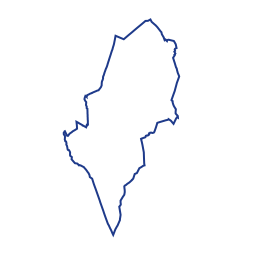 the district of Bērzaines pag., Kocenu, Latvia, rotated 258°
{"feature_id": "27541924B68382909431902", "entity_name": "Bērzaines pag.", "entity_type": "district", "adm_level": 2, "iso_a3": "LVA", "parent_name": "Latvia", "parent_adm1": "Kocenu", "projection": "equal_earth", "projection_center": [25.199, 57.625], "detail": "fine", "context": "isolated", "style": "outline", "palette": "blue", "viewbox_px": 256, "rotation_deg": 258, "n_neighbors": 0, "source": "geoboundaries", "source_scale": "gbopen_adm2", "svg_char_len": 5068}
<svg xmlns="http://www.w3.org/2000/svg" viewBox="0 0 256 256"><g transform="rotate(258 128 128)"><path d="M130.1,63.8L129.8,63.8L128.1,63.9L127.8,64.5L127.0,64.7L126.3,64.6L125.6,64.6L125.3,64.4L124.5,64.2L124.3,64.3L123.2,64.6L121.8,64.6L119.8,64.5L119.6,64.5L119.2,64.6L119.0,64.8L118.9,65.0L118.7,65.6L118.4,65.7L117.8,65.9L117.3,66.1L116.7,66.2L116.3,66.3L113.6,65.7L113.0,65.7L112.8,65.7L111.8,66.6L111.3,67.0L110.8,66.9L110.7,66.9L109.1,66.3L106.4,67.8L105.1,68.5L104.7,68.7L104.6,68.8L103.7,71.1L102.7,71.7L102.4,71.8L101.6,72.3L101.8,73.0L101.0,74.1L100.9,74.4L100.1,75.2L98.9,76.7L98.0,77.1L96.1,78.2L94.3,79.0L93.5,79.3L92.1,80.0L91.3,80.2L90.2,80.5L89.9,80.5L89.6,80.5L87.9,80.5L85.9,82.4L80.5,82.9L77.6,83.3L75.6,83.6L67.2,84.7L62.6,85.3L61.2,85.4L52.2,86.6L49.4,86.9L45.5,87.4L38.5,88.4L36.7,89.0L33.9,89.6L31.3,90.3L28.6,90.8L26.5,91.3L27.7,92.1L29.1,93.0L30.5,93.9L31.8,94.8L32.8,95.7L34.2,96.9L34.6,97.4L38.0,99.8L39.0,100.5L39.3,100.8L40.5,101.2L41.0,101.3L41.6,101.6L42.7,102.0L43.5,102.3L44.6,102.7L52.9,103.1L53.5,103.9L54.0,104.5L54.6,105.0L55.9,105.2L57.2,105.3L57.7,105.5L58.5,105.6L60.4,107.4L61.9,108.8L63.0,110.0L63.3,110.3L63.5,110.5L66.0,111.5L68.2,111.9L69.9,112.0L70.5,112.1L71.3,112.2L71.6,112.2L71.8,112.3L72.4,113.1L72.7,114.2L73.6,115.8L73.9,116.6L74.1,117.2L74.5,118.1L74.9,118.8L75.3,119.5L75.8,120.3L76.3,120.9L76.2,121.0L76.4,121.3L76.8,121.8L77.4,122.6L81.6,125.0L81.9,126.4L82.0,126.9L82.0,127.2L82.4,127.6L83.4,128.4L85.4,130.0L86.0,130.5L86.3,130.7L86.9,132.6L87.4,133.9L87.8,134.8L88.0,135.7L88.0,136.4L90.1,136.5L95.9,137.5L100.9,138.4L108.1,138.6L111.4,138.6L113.6,138.5L114.7,138.5L114.9,139.3L114.8,139.7L115.1,140.7L115.2,141.9L115.2,142.5L115.6,143.3L116.6,143.8L116.8,144.5L116.5,145.7L116.7,146.3L117.9,147.2L117.5,147.4L118.8,148.6L118.7,149.7L118.6,149.9L118.4,150.1L118.0,151.1L118.2,152.4L118.8,153.0L120.4,154.0L123.2,155.7L123.6,155.9L125.0,156.7L126.3,157.4L126.9,157.7L127.0,158.2L127.2,160.3L127.6,165.5L127.7,166.5L127.7,167.6L127.8,169.5L128.1,169.6L127.9,169.8L126.3,171.4L126.0,171.6L125.4,171.9L124.8,172.2L122.6,173.4L126.6,176.5L126.8,176.6L128.2,178.0L127.9,178.9L127.8,179.0L129.4,179.2L130.1,178.8L131.9,177.8L132.0,177.7L132.3,177.6L132.5,177.6L134.5,178.1L135.0,178.3L135.4,178.4L136.4,178.6L136.5,178.7L138.6,177.9L140.1,177.4L141.3,177.2L142.1,177.1L143.6,177.0L143.8,177.0L144.0,177.0L144.6,177.2L144.9,177.2L145.1,177.2L145.3,176.9L145.7,176.6L146.2,176.3L146.4,176.4L147.2,176.9L148.5,177.7L149.8,178.5L151.6,179.6L154.5,181.4L156.9,182.6L159.2,183.8L162.0,185.2L164.2,186.6L165.8,187.6L166.0,187.7L167.1,188.4L167.6,188.7L167.8,188.8L168.6,188.7L170.8,188.3L171.9,188.1L172.1,188.1L173.0,188.1L173.7,188.0L175.3,188.0L176.2,188.0L176.3,188.0L176.4,187.9L176.9,187.7L177.3,187.6L182.3,187.2L183.0,187.1L187.2,186.7L187.3,186.7L189.4,188.8L189.9,188.6L190.3,189.3L190.8,189.5L191.0,189.8L193.0,189.2L193.6,190.1L195.1,190.0L195.7,190.5L196.0,191.4L196.1,192.1L200.0,192.1L203.5,191.0L203.6,190.9L205.7,186.5L205.9,186.0L205.9,185.3L205.9,184.8L204.9,184.2L205.2,184.0L205.6,183.7L206.1,183.5L206.8,183.1L206.3,182.1L209.1,181.7L209.2,181.8L210.6,181.3L212.7,180.6L214.7,180.6L214.9,180.5L215.7,180.0L218.0,178.9L220.5,177.7L223.0,176.2L223.4,175.8L223.7,175.6L226.9,173.2L229.5,172.5L228.7,169.9L228.7,169.7L229.1,167.3L229.0,167.2L226.8,163.1L224.1,157.9L222.0,154.0L220.9,152.0L219.8,149.9L218.7,147.8L217.5,145.6L215.7,142.3L217.5,139.7L220.8,135.0L216.9,133.4L216.0,133.0L213.2,131.8L212.0,131.2L210.1,130.1L207.9,129.0L207.8,128.9L206.6,128.1L205.8,127.7L205.6,127.5L203.9,126.6L202.0,125.5L198.9,123.7L198.1,123.3L196.8,122.5L195.8,122.0L195.4,121.7L194.8,121.4L194.4,121.2L192.8,120.3L191.4,119.4L190.7,118.8L187.9,117.1L187.0,116.5L186.7,116.4L186.2,116.1L185.7,115.8L185.5,115.7L184.9,115.4L184.1,114.9L183.9,114.6L183.3,114.3L182.9,114.2L182.5,114.0L181.9,114.0L181.4,113.8L180.9,113.5L180.4,113.2L180.0,113.0L179.8,112.8L179.4,112.5L178.5,112.0L176.9,111.5L175.2,111.1L173.7,110.1L172.5,108.8L172.3,108.5L171.0,107.0L171.0,105.9L170.9,105.3L170.7,104.5L170.3,102.3L169.8,99.9L169.7,99.9L169.6,99.3L169.5,98.8L169.5,98.6L169.5,98.3L169.0,96.7L168.7,95.4L168.7,95.1L168.6,94.9L168.1,94.7L167.9,94.6L167.7,94.4L167.6,94.1L167.4,93.8L167.2,93.8L168.2,93.0L167.1,92.3L166.4,91.9L165.8,91.6L164.9,91.4L164.0,91.7L163.0,92.0L162.3,92.4L162.1,92.5L161.1,92.3L160.0,91.9L159.1,91.7L158.1,91.9L157.7,92.1L156.0,91.7L155.4,92.1L155.2,92.3L154.3,92.1L152.0,91.7L150.6,91.4L149.0,91.2L147.8,90.9L147.7,90.9L146.3,90.7L144.9,90.4L143.9,90.3L142.3,90.0L141.5,89.8L140.0,89.6L139.6,89.5L139.6,89.4L139.3,89.0L139.1,88.8L139.4,88.4L139.5,88.3L137.4,87.2L138.8,85.6L139.9,84.3L139.9,84.2L140.1,84.2L142.4,81.6L143.4,80.5L143.7,80.2L144.8,78.9L141.9,78.6L140.9,78.5L137.9,78.0L137.0,75.6L136.2,73.1L135.7,72.3L134.6,69.7L133.5,68.4L132.3,67.3L132.2,67.3L133.4,66.8L134.3,66.5L136.8,65.9L138.0,65.6L137.9,65.3L137.5,65.1L137.3,64.9L137.1,64.6L137.0,64.4L136.6,64.1L135.0,63.9L134.4,64.2L133.8,64.6L132.3,64.5L131.7,64.3L130.3,63.9L130.1,63.8Z" fill="none" stroke="#1e3a8a" stroke-width="2"/></g></svg>